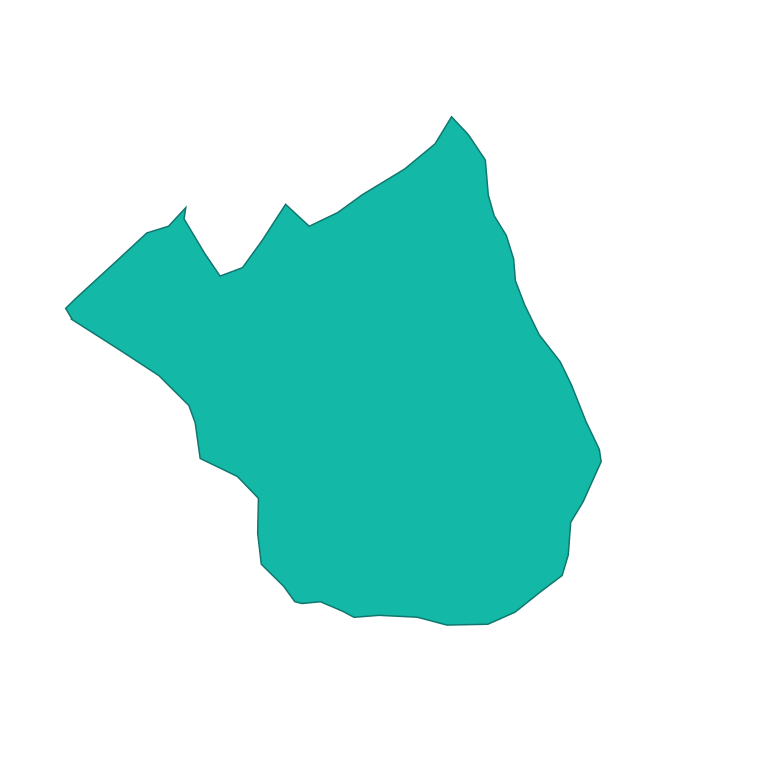 the district of Trachoni Lemesou, Cyprus, rotated 54°
{"feature_id": "46923920B27703418530208", "entity_name": "Trachoni Lemesou", "entity_type": "district", "adm_level": 2, "iso_a3": "CYP", "parent_name": "Cyprus", "parent_adm1": "", "projection": "equal_earth", "projection_center": [32.957, 34.656], "detail": "fine", "context": "isolated", "style": "filled", "palette": "teal", "viewbox_px": 768, "rotation_deg": 54, "n_neighbors": 0, "source": "geoboundaries", "source_scale": "gbopen_adm2", "svg_char_len": 926}
<svg xmlns="http://www.w3.org/2000/svg" viewBox="0 0 768 768"><g transform="rotate(54 384 384)"><path d="M147.8,598.8L202.3,577.4L244.9,561.2L286.7,554.5L304.5,559.6L336.2,576.5L372.6,557.0L387.3,554.9L402.7,552.8L430.6,574.0L457.7,589.2L488.6,584.1L507.7,584.1L513.3,579.5L522.8,563.4L542.9,551.4L555.1,545.4L568.3,523.9L592.2,494.2L616.0,474.8L639.4,441.2L645.6,412.2L645.1,401.0L644.1,379.2L643.6,352.4L630.6,335.4L605.7,314.3L596.3,292.1L574.5,254.0L563.6,248.3L532.9,242.6L495.0,232.9L469.6,228.4L435.3,229.5L403.1,223.8L377.7,217.0L359.0,205.6L335.6,197.7L312.8,196.0L292.5,188.6L262.4,170.4L231.8,169.2L207.5,172.3L219.7,201.5L222.2,240.7L218.1,290.5L218.1,320.7L212.4,351.8L180.8,358.0L186.5,372.9L196.2,398.0L206.7,430.1L200.3,453.2L172.7,452.3L132.9,448.7L124.8,440.7L129.7,465.6L122.4,487.0L128.0,534.1L133.7,583.9L135.7,597.1L147.7,598.2L147.8,598.8Z" fill="#14b8a6" stroke="#0f766e" stroke-width="1.5"/></g></svg>